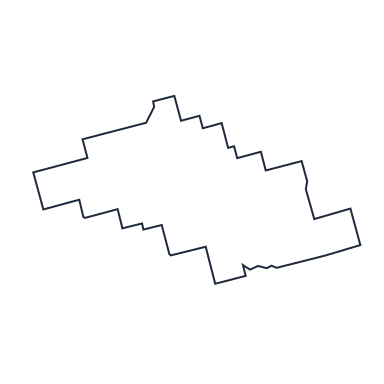 Saline, Arkansas, United States of America, rotated 164°
{"feature_id": "52423323B8225934162220", "entity_name": "Saline", "entity_type": "district", "adm_level": 2, "iso_a3": "USA", "parent_name": "United States of America", "parent_adm1": "Arkansas", "projection": "natural_earth1", "projection_center": [-92.653, 34.636], "detail": "fine", "context": "isolated", "style": "outline", "palette": "slate", "viewbox_px": 384, "rotation_deg": 164, "n_neighbors": 0, "source": "geoboundaries", "source_scale": "gbopen_adm2", "svg_char_len": 800}
<svg xmlns="http://www.w3.org/2000/svg" viewBox="0 0 384 384"><g transform="rotate(164 192 192)"><path d="M144.5,250.1L150.7,250.1L164.0,250.3L163.8,263.2L182.9,263.5L182.5,289.2L188.7,289.4L204.4,289.8L204.9,284.3L217.0,271.2L256.8,272.2L259.5,272.3L282.7,272.8L283.1,253.6L286.1,253.6L339.2,254.6L339.7,216.2L310.0,215.8L302.5,215.6L303.1,202.7L303.3,197.9L301.9,196.6L268.2,196.0L268.5,187.5L268.9,176.2L266.8,176.2L248.7,175.5L249.1,169.3L230.2,168.6L230.9,138.5L229.8,136.9L193.9,135.6L195.0,97.4L163.5,96.6L163.2,107.7L157.6,101.4L149.0,102.7L141.2,98.2L135.8,99.2L131.6,95.8L81.9,94.2L44.8,94.6L44.3,132.4L81.9,132.3L81.8,163.4L78.3,170.6L78.1,191.5L115.2,192.4L114.7,211.7L139.2,212.1L139.1,217.9L138.9,224.4L145.1,224.5L144.5,250.1Z" fill="none" stroke="#1e293b" stroke-width="2"/></g></svg>